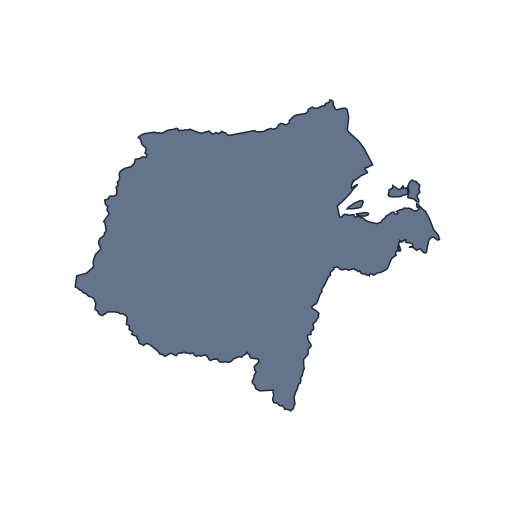 outline of Kapoe, Ranong, Thailand, rotated 157°
{"feature_id": "78962969B6628282712550", "entity_name": "Kapoe", "entity_type": "district", "adm_level": 2, "iso_a3": "THA", "parent_name": "Thailand", "parent_adm1": "Ranong", "projection": "albers", "projection_center": [98.584, 9.581], "detail": "fine", "context": "isolated", "style": "filled", "palette": "slate", "viewbox_px": 512, "rotation_deg": 157, "n_neighbors": 0, "source": "geoboundaries", "source_scale": "gbopen_adm2", "svg_char_len": 6102}
<svg xmlns="http://www.w3.org/2000/svg" viewBox="0 0 512 512"><g transform="rotate(157 256 256)"><path d="M401.0,232.3L397.2,228.6L397.7,226.4L397.1,225.0L397.7,221.1L395.4,219.1L394.7,217.6L391.3,218.4L388.7,216.4L383.5,206.7L383.0,203.6L380.7,202.0L379.3,199.3L372.3,199.8L368.5,195.4L365.7,196.8L363.6,196.4L363.3,195.8L359.5,195.5L358.7,194.2L356.3,193.2L355.0,191.7L351.8,191.4L351.4,188.7L350.2,187.0L348.1,187.1L346.3,185.5L341.4,184.8L340.1,182.5L339.6,178.9L338.9,177.7L335.7,177.6L331.7,176.2L331.3,173.8L330.7,172.8L328.0,171.2L325.4,170.6L322.5,168.7L319.9,168.7L317.0,170.0L311.9,170.0L310.5,169.8L308.8,168.4L306.5,169.6L304.1,169.6L302.1,171.1L301.7,169.0L300.6,167.8L301.1,166.1L300.6,164.0L294.9,160.7L294.3,159.9L294.3,158.5L295.5,157.0L300.7,155.1L301.7,151.4L301.3,149.2L304.4,146.9L305.7,144.3L308.4,142.4L308.8,140.1L307.8,137.5L308.0,133.7L305.1,130.3L292.6,125.8L293.7,123.5L294.0,120.9L296.1,118.6L297.0,116.8L296.9,114.1L293.9,112.0L292.7,108.9L289.9,107.6L289.3,103.5L286.5,102.3L284.6,99.8L283.9,100.3L281.4,100.8L279.4,103.5L278.1,104.2L276.1,111.4L274.7,112.6L273.7,114.3L270.0,117.4L267.6,120.6L266.3,121.5L264.5,121.9L263.0,124.6L263.2,125.9L260.2,127.9L257.6,131.6L255.5,133.6L254.8,136.8L252.6,142.2L247.1,144.9L245.7,146.3L244.7,149.8L241.2,150.9L240.4,151.7L240.1,153.1L240.9,158.3L239.9,162.7L238.9,163.1L236.6,162.3L235.7,162.4L235.3,165.1L232.2,165.7L231.3,166.4L230.7,167.9L230.5,170.9L225.5,172.9L225.0,173.9L222.0,175.7L221.8,177.5L220.6,178.2L220.5,178.9L222.7,183.4L224.7,185.7L224.7,187.0L223.0,188.1L219.2,188.5L216.9,190.4L212.1,195.8L209.0,197.5L208.9,199.0L207.9,200.2L204.0,202.7L197.8,208.3L195.0,209.3L194.3,211.7L189.3,213.5L188.9,214.9L185.7,214.3L182.8,209.7L177.9,208.8L176.4,206.6L173.6,206.6L170.4,205.7L170.4,204.7L169.4,204.6L167.9,201.7L167.2,202.1L166.3,201.6L166.1,199.2L164.7,197.7L162.3,197.0L161.9,195.2L159.7,194.5L159.4,193.5L158.5,194.7L156.1,194.4L155.6,192.7L155.0,192.3L150.7,193.0L148.4,192.2L142.9,192.4L139.9,193.2L132.7,200.2L130.4,201.3L126.6,201.9L126.7,203.8L126.2,204.8L124.5,205.6L123.3,205.1L121.9,208.7L119.9,211.1L119.8,212.2L118.0,212.5L117.7,214.0L116.2,211.9L115.6,212.5L114.6,212.6L114.3,212.1L112.3,212.9L111.8,212.4L112.7,210.2L112.1,209.5L109.0,208.0L107.5,206.0L107.3,204.7L108.6,203.5L110.8,204.4L111.1,204.1L108.0,202.7L107.3,200.7L106.2,199.7L106.2,198.6L102.1,198.6L100.4,193.7L99.0,192.6L98.1,192.5L97.1,193.7L91.7,202.0L88.4,204.4L85.2,204.2L83.0,199.9L80.9,199.4L80.3,199.9L80.6,201.0L80.0,203.7L82.2,210.6L81.8,222.5L82.5,231.1L84.0,233.3L85.4,236.9L90.0,234.8L93.1,235.8L94.6,238.5L96.8,240.4L99.6,241.3L100.5,242.3L102.5,241.6L105.8,242.3L109.3,242.1L108.5,240.4L109.3,239.4L111.8,240.2L111.9,242.5L113.5,243.1L118.7,242.0L120.4,242.1L123.1,240.2L124.8,240.1L128.1,238.2L132.5,238.7L139.1,243.7L141.2,246.0L142.7,249.0L146.7,252.8L147.8,253.1L148.9,252.4L149.5,252.9L150.2,254.3L149.7,255.7L150.0,256.0L155.1,257.4L155.9,258.7L157.3,259.0L157.9,259.8L160.1,259.5L161.7,258.2L163.8,259.2L161.7,270.3L154.0,272.8L144.3,277.2L139.6,280.0L135.0,281.7L134.9,282.2L136.5,282.2L141.4,281.2L141.1,283.1L138.5,285.7L136.6,286.7L136.9,287.4L133.7,287.3L128.2,288.8L120.9,289.2L120.7,290.5L122.0,293.5L120.8,294.7L120.0,294.0L113.0,294.4L114.4,312.0L115.3,316.7L116.7,321.7L122.3,333.9L122.6,335.6L122.4,337.0L116.6,347.2L114.8,355.1L116.0,357.2L119.2,358.3L124.3,358.9L125.7,360.2L125.5,362.9L126.1,364.6L125.2,365.9L124.8,368.4L126.0,370.3L127.3,370.6L128.6,368.8L132.3,369.2L133.2,367.6L133.9,368.1L134.4,367.6L137.8,368.4L141.1,367.9L142.5,368.6L144.2,368.7L145.5,370.7L146.6,371.1L150.4,370.6L151.7,368.7L154.6,367.8L163.2,369.9L166.4,370.0L172.4,367.7L173.1,366.1L173.9,365.4L176.7,364.9L181.3,368.4L184.3,367.7L186.7,365.9L188.0,365.6L191.1,366.1L192.7,367.8L196.9,368.0L200.2,367.6L206.9,370.0L207.9,371.6L208.8,372.2L233.6,377.5L234.9,378.5L236.0,381.4L237.8,382.5L238.3,384.1L239.6,384.0L242.1,382.8L242.7,383.9L243.8,384.1L244.8,385.4L247.6,384.8L249.0,386.4L250.4,389.4L257.7,390.2L261.3,392.5L267.2,398.5L269.6,398.6L272.0,399.8L274.3,400.1L275.5,401.0L277.9,401.4L278.2,403.6L279.4,404.7L281.7,404.7L287.8,406.2L294.1,405.9L296.2,406.5L296.9,407.4L298.9,407.8L300.8,409.6L310.8,412.2L314.7,412.2L318.2,411.2L316.7,408.3L317.4,403.2L315.2,398.6L315.5,396.6L318.0,394.1L316.8,391.8L318.9,389.9L321.7,391.7L325.0,391.1L329.3,392.2L331.5,389.1L336.2,387.0L342.4,388.0L346.8,387.3L348.8,386.3L349.9,384.8L351.6,379.8L354.8,378.1L355.3,375.0L358.0,373.9L358.4,370.8L360.6,367.0L363.4,366.5L366.9,368.2L368.0,367.9L369.8,366.3L373.4,366.6L374.4,362.2L373.1,359.2L375.2,356.7L374.7,352.1L382.8,347.3L382.2,345.2L384.1,337.6L386.4,336.5L387.8,334.3L392.8,333.0L394.8,331.4L396.1,328.0L395.8,324.7L396.3,323.3L397.9,322.2L402.9,320.3L407.1,315.8L408.3,314.0L409.3,310.7L410.9,309.1L418.8,306.4L428.8,307.7L434.4,298.5L434.3,297.6L432.6,296.3L431.9,293.9L430.1,292.5L429.5,289.6L427.5,288.3L425.7,284.1L423.3,282.6L421.8,279.9L422.1,274.8L425.0,269.9L423.2,266.6L423.4,264.3L423.0,263.3L420.7,261.1L414.4,262.4L408.9,260.3L405.0,257.9L403.6,255.8L401.0,254.7L398.9,251.5L398.7,249.2L402.0,243.8L399.9,241.2L401.5,237.9L399.7,235.5L399.4,234.4L401.0,232.3ZM85.7,264.0L88.6,261.3L89.8,257.4L89.9,255.6L93.4,250.8L93.0,250.1L88.2,246.7L86.9,243.2L85.2,242.0L84.1,244.5L84.6,245.4L84.3,248.6L80.1,250.8L80.1,253.5L78.2,256.0L77.6,257.8L79.0,260.1L79.2,261.7L81.4,263.3L82.7,265.0L85.7,264.0ZM97.3,254.6L93.4,253.7L91.4,254.6L90.3,260.1L92.6,260.1L93.9,260.8L93.2,262.0L93.4,263.1L96.7,261.1L98.7,261.5L102.6,267.4L103.2,266.1L104.3,265.0L107.9,264.9L108.2,263.6L110.4,260.8L110.2,259.0L107.0,257.0L101.6,254.8L99.3,254.1L97.3,254.6ZM140.9,259.8L139.1,260.8L136.4,263.6L136.0,264.2L136.6,265.6L138.8,266.3L145.7,266.1L151.8,264.8L153.7,263.8L148.0,261.5L140.9,259.8ZM147.4,255.0L144.6,252.1L140.1,250.2L137.1,250.0L135.9,250.9L136.3,251.9L138.6,253.4L147.2,255.5L147.4,255.0ZM87.6,241.3L88.4,240.2L88.6,238.0L87.1,236.8L86.2,237.6L86.2,239.5L86.4,240.4L87.6,241.3ZM120.2,208.7L121.9,207.3L122.4,205.3L121.7,204.2L120.9,204.4L120.4,205.3L120.2,208.7Z" fill="#64748b" stroke="#1e293b" stroke-width="1.5"/></g></svg>